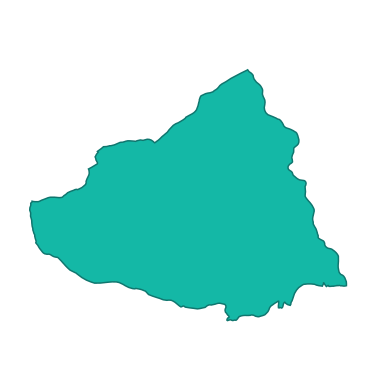 the district of Pinchote, Santander, Colombia, rotated 94°
{"feature_id": "7082276B63332644683042", "entity_name": "Pinchote", "entity_type": "district", "adm_level": 2, "iso_a3": "COL", "parent_name": "Colombia", "parent_adm1": "Santander", "projection": "natural_earth1", "projection_center": [-73.171, 6.512], "detail": "fine", "context": "isolated", "style": "filled", "palette": "teal", "viewbox_px": 384, "rotation_deg": 94, "n_neighbors": 0, "source": "geoboundaries", "source_scale": "gbopen_adm2", "svg_char_len": 5931}
<svg xmlns="http://www.w3.org/2000/svg" viewBox="0 0 384 384"><g transform="rotate(94 192 192)"><path d="M66.2,145.0L66.8,145.9L70.1,151.6L73.7,157.4L76.0,161.1L79.5,165.7L80.7,167.5L82.1,169.7L83.8,171.6L85.6,172.8L87.0,173.9L88.2,175.2L89.3,176.8L90.4,177.9L90.7,178.3L91.8,181.0L92.2,183.0L93.0,185.4L94.2,187.5L95.2,189.3L95.8,190.0L97.1,190.5L99.3,191.1L100.7,191.1L102.3,191.5L105.5,192.0L109.8,193.3L111.5,194.5L112.8,195.7L114.0,197.3L116.2,200.8L117.9,203.4L119.0,203.9L120.5,205.7L121.6,207.2L123.8,210.4L125.1,213.0L126.8,215.3L128.6,216.8L131.4,219.1L134.1,220.8L138.9,225.8L141.0,227.6L142.6,229.1L144.2,231.1L145.1,232.0L145.5,232.6L145.1,233.3L144.4,234.1L143.1,236.2L142.5,238.3L142.5,240.4L143.9,244.4L143.7,247.2L144.7,250.4L145.1,251.2L145.4,251.7L145.3,253.8L145.3,257.3L145.4,259.6L145.9,261.4L147.1,264.4L147.5,267.1L150.4,272.7L151.5,276.1L151.6,277.3L152.6,280.3L153.0,283.5L154.9,285.4L158.1,289.2L158.8,288.4L161.2,290.0L162.6,290.5L163.7,291.1L165.7,290.2L166.6,290.1L169.3,288.4L170.1,288.3L170.6,288.5L174.4,293.9L176.3,296.9L176.8,296.6L177.9,296.2L180.5,295.8L182.3,296.1L186.6,297.8L188.8,298.4L190.2,298.2L191.9,298.7L193.9,300.7L195.3,302.2L197.6,306.2L197.4,307.3L197.7,308.7L198.6,310.3L199.8,313.1L201.4,316.0L202.9,317.4L203.6,318.2L204.5,319.4L206.2,320.9L206.5,321.7L206.7,322.6L206.9,324.2L206.8,328.6L207.1,332.9L207.4,334.1L207.9,335.5L208.4,336.5L209.9,339.7L210.6,341.3L212.0,343.7L212.4,344.8L212.6,348.3L212.5,350.0L212.3,350.9L213.3,351.0L214.0,351.8L214.6,352.1L215.4,352.0L216.1,351.9L216.9,352.0L219.0,352.6L221.4,352.6L224.1,351.5L225.8,351.4L227.3,351.4L231.2,350.0L234.2,349.6L237.1,349.1L239.7,348.2L241.0,348.1L242.1,347.6L244.1,346.9L245.8,345.9L247.1,345.8L249.3,345.1L251.3,344.3L252.5,344.0L253.6,344.3L254.9,343.1L255.8,342.2L257.8,340.9L259.0,340.0L262.3,337.0L263.2,336.0L263.9,334.6L264.2,332.3L264.0,330.6L264.1,329.6L264.5,328.6L265.1,327.6L266.0,325.7L266.4,324.0L266.6,321.6L267.1,320.7L268.4,319.3L269.7,317.8L271.6,315.9L274.5,312.9L276.1,311.1L278.3,308.4L278.5,308.0L279.4,305.9L279.7,305.1L280.4,303.5L280.9,302.1L281.7,301.0L283.2,298.7L285.0,295.9L287.3,291.1L288.7,286.8L289.7,282.9L289.2,277.0L287.7,268.6L287.2,265.1L287.0,261.0L287.4,258.3L288.9,254.4L290.1,252.1L291.6,248.5L291.9,247.2L292.5,244.5L292.6,242.7L292.4,241.7L292.1,241.4L292.5,237.7L292.9,235.5L294.2,231.5L295.1,230.5L297.3,228.2L298.6,224.1L299.7,219.8L300.3,217.2L301.5,213.2L301.8,209.5L301.5,208.0L301.4,206.5L301.5,205.0L302.1,203.4L303.1,201.4L306.6,196.5L307.4,195.0L307.1,194.2L306.4,193.0L306.4,192.1L307.3,190.7L307.7,186.6L307.9,182.6L308.2,178.4L307.7,176.0L306.7,172.6L306.2,170.9L304.3,168.8L303.6,167.5L303.3,166.3L303.4,164.9L303.2,164.3L302.3,161.2L301.6,159.5L301.2,158.2L301.0,156.4L301.8,151.4L303.1,150.3L304.8,150.1L306.1,150.6L307.5,150.8L309.4,150.3L310.6,149.1L312.1,148.0L313.0,146.8L314.1,146.2L314.6,146.7L315.2,147.5L316.5,148.2L317.6,148.1L317.8,147.6L316.8,145.1L316.9,144.2L317.3,143.1L317.4,142.3L317.1,141.4L316.8,140.6L316.8,140.1L316.9,139.2L316.3,138.5L315.3,137.7L314.2,137.1L313.0,136.2L312.1,134.1L311.7,132.6L311.4,130.6L311.3,127.9L311.0,125.4L310.5,124.1L310.6,122.0L311.5,119.9L311.8,117.7L311.7,116.4L311.4,115.8L310.2,112.5L309.4,110.8L308.0,109.5L306.0,107.9L303.9,107.0L302.0,106.5L300.2,105.3L298.7,103.4L297.4,101.9L296.0,99.9L294.9,98.4L295.0,97.9L296.8,97.8L297.6,97.8L299.5,97.9L301.4,97.7L301.6,97.0L301.1,96.5L301.2,95.5L301.5,94.5L301.0,93.8L300.0,93.4L298.1,93.1L296.6,92.8L295.5,91.9L295.6,91.5L296.2,91.1L297.0,90.0L297.7,88.6L298.2,86.1L297.8,85.9L297.1,85.6L295.4,85.5L293.5,84.6L290.9,83.9L286.2,82.7L282.6,80.9L279.9,78.9L277.0,75.3L276.3,74.1L275.6,70.1L275.4,67.0L275.5,63.3L276.2,61.3L276.6,58.8L276.8,55.4L276.5,55.4L276.1,55.2L274.8,54.6L274.1,54.4L273.5,54.4L273.5,54.1L274.8,53.2L276.6,51.7L276.9,51.3L276.8,51.2L276.3,50.5L275.7,49.7L275.8,49.4L276.0,49.2L276.3,49.1L276.5,48.8L276.6,48.7L276.6,48.4L276.5,47.3L276.4,46.9L276.4,46.6L276.1,45.7L276.2,45.0L276.2,44.6L275.9,43.9L275.9,43.5L275.8,43.0L275.7,42.6L275.5,42.1L275.4,41.3L275.2,41.1L275.1,40.8L275.2,40.7L275.3,40.6L275.2,40.1L275.1,39.1L274.9,38.7L274.9,38.3L275.0,38.0L275.1,37.7L275.2,37.3L275.2,36.6L275.1,36.1L275.1,35.5L275.2,35.2L275.3,34.6L275.2,33.5L275.2,33.3L275.2,33.1L274.7,31.4L272.9,31.5L270.7,31.8L268.8,32.7L266.9,33.6L265.4,34.8L264.7,35.7L264.2,36.7L263.9,37.7L262.8,38.9L261.6,39.7L260.3,40.1L257.2,40.9L255.2,41.1L250.7,41.1L245.8,41.5L244.0,42.6L242.4,44.1L241.1,45.7L239.5,48.2L239.0,49.5L238.7,51.8L238.4,53.0L237.3,54.6L236.4,55.4L235.4,55.9L233.8,56.1L232.1,57.0L231.5,57.8L230.6,60.0L229.9,61.5L229.2,62.6L228.2,63.1L227.0,63.0L226.0,63.4L225.0,63.9L223.6,64.3L221.6,65.1L220.2,65.7L217.9,67.3L215.5,68.8L213.5,69.0L212.1,69.5L210.4,69.8L208.4,69.7L206.7,69.4L204.6,69.1L202.7,68.8L201.3,68.9L200.2,69.3L199.0,70.0L197.1,71.2L196.1,72.0L194.3,73.6L192.9,75.1L191.2,76.7L189.8,77.9L188.5,78.8L187.3,78.9L185.9,78.9L183.8,78.8L181.2,79.2L178.7,79.6L177.2,79.0L175.6,78.8L174.3,79.1L173.2,80.0L172.8,80.8L172.7,81.5L172.6,83.3L172.4,85.6L171.5,87.6L170.9,88.6L169.6,90.3L168.9,91.3L167.9,92.4L165.5,93.4L164.6,94.3L163.5,96.3L162.6,97.4L161.4,97.9L159.6,97.9L158.3,97.1L157.4,96.4L156.1,94.7L155.1,93.9L154.1,93.9L153.3,94.2L152.3,94.3L151.3,94.8L150.2,94.8L148.5,94.5L147.1,94.1L145.3,93.4L143.7,93.4L142.6,93.5L141.2,93.5L140.4,93.0L139.7,92.2L137.8,90.2L136.5,89.3L134.7,88.9L132.5,89.0L128.2,90.5L126.2,91.5L125.2,92.5L124.7,93.6L123.8,95.2L122.8,97.6L122.2,99.4L121.7,101.5L121.3,102.9L120.4,104.3L119.4,105.2L118.5,105.6L116.6,106.8L114.7,108.4L113.6,109.8L113.2,111.8L112.5,113.1L111.3,116.4L109.6,121.7L107.7,123.9L105.4,125.2L102.8,125.8L99.7,125.5L97.3,125.4L95.2,125.8L93.3,126.8L91.9,127.6L89.5,128.6L85.9,128.6L84.6,128.9L82.9,129.9L81.1,131.2L79.8,132.7L78.0,135.3L76.7,136.5L74.9,138.0L73.0,138.8L71.3,139.2L69.9,140.5L69.1,141.5L68.0,143.5L66.2,145.0Z" fill="#14b8a6" stroke="#0f766e" stroke-width="1.5"/></g></svg>